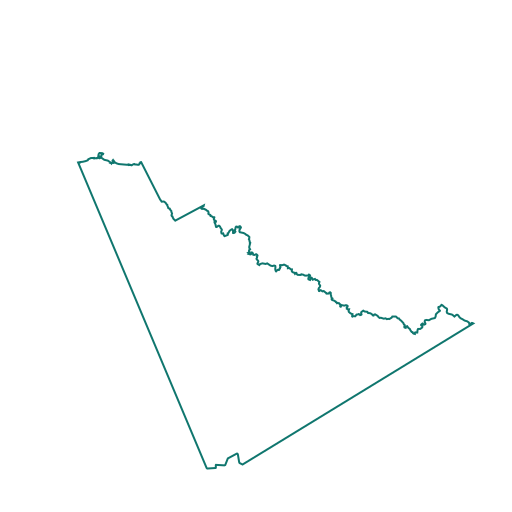 Yukon, Albers equal-area conic projection, rotated 329°
{"feature_id": "CAN-636", "entity_name": "Yukon", "entity_type": "Territory", "adm_level": 1, "iso_a3": "CAN", "parent_name": "Canada", "parent_adm1": "", "projection": "albers", "projection_center": [-131.937, 64.827], "detail": "fine", "context": "isolated", "style": "outline", "palette": "teal", "viewbox_px": 512, "rotation_deg": 329, "n_neighbors": 0, "source": "natural_earth", "source_scale": "10m", "svg_char_len": 6135}
<svg xmlns="http://www.w3.org/2000/svg" viewBox="0 0 512 512"><g transform="rotate(329 256 256)"><path d="M112.2,416.9L104.8,413.1L104.6,412.8L104.5,412.2L151.7,84.2L153.0,84.7L152.8,85.0L153.2,85.3L153.6,85.3L153.6,85.1L153.9,85.0L156.0,86.0L158.8,86.9L161.1,87.3L162.0,86.7L164.9,87.0L168.6,89.0L166.6,88.0L167.4,89.0L171.4,90.6L172.1,91.6L174.0,92.0L175.5,95.4L178.1,97.9L179.4,100.8L179.7,102.2L180.2,101.8L180.9,101.9L180.9,102.1L180.6,102.1L181.6,102.7L181.7,102.3L182.0,102.1L182.4,100.6L181.7,101.0L182.1,100.4L182.6,100.2L183.0,100.4L183.1,101.0L183.1,102.6L183.3,103.1L184.2,104.8L185.7,106.5L192.6,111.5L193.8,111.7L194.3,112.2L193.6,112.1L193.6,112.4L195.2,113.3L196.1,114.2L198.2,114.2L199.1,114.5L199.4,115.3L200.1,115.6L202.0,117.2L203.1,117.4L203.9,116.6L204.9,116.9L204.7,116.4L205.2,116.1L205.9,116.4L202.9,158.3L203.1,159.5L203.1,160.8L205.0,161.8L205.3,162.2L205.9,163.8L206.0,165.8L206.3,166.4L206.0,166.8L205.8,168.5L205.5,169.8L206.5,171.0L206.4,171.4L206.2,171.6L206.6,173.8L206.2,174.6L205.9,176.4L204.7,177.4L204.4,177.9L204.4,178.4L204.8,179.1L204.4,180.3L204.5,181.0L204.4,182.0L204.8,183.0L205.0,184.1L237.3,185.7L236.7,186.3L234.3,186.3L233.6,187.0L233.7,187.5L233.9,187.7L235.9,188.9L236.3,189.5L236.4,190.1L237.0,190.7L237.3,191.9L237.9,192.7L238.0,193.0L237.8,194.2L237.0,195.1L236.9,195.6L238.0,197.3L237.6,198.1L237.7,198.4L238.4,198.9L239.0,200.5L240.2,201.3L240.1,201.6L239.0,202.4L238.7,203.0L238.8,203.8L239.5,205.1L239.6,205.6L239.2,206.0L238.1,205.3L237.7,205.9L237.6,207.8L236.7,210.4L237.0,210.8L237.5,210.9L239.4,210.7L240.0,211.1L240.3,212.2L240.1,213.6L240.3,215.1L240.2,216.0L238.7,217.2L238.4,217.9L238.1,218.9L238.5,219.4L239.5,219.7L239.1,222.0L239.3,222.8L242.6,223.4L243.1,222.9L243.2,222.3L243.4,222.0L244.1,222.1L246.4,220.8L248.9,220.6L249.4,220.8L249.5,221.6L249.4,222.4L248.2,224.4L248.6,224.8L249.6,225.0L250.9,224.5L251.0,223.4L251.3,222.8L252.1,222.4L253.3,220.9L254.2,220.6L254.8,221.0L255.1,222.2L255.7,222.6L257.0,221.9L257.6,222.2L257.8,222.9L257.8,223.7L257.6,223.9L255.2,225.2L254.4,226.5L254.4,227.3L257.2,229.9L258.3,231.8L258.5,232.8L259.4,233.9L260.1,236.2L259.6,237.1L258.5,238.0L258.5,239.1L258.0,240.2L257.9,241.7L257.3,241.8L257.1,242.5L254.8,244.8L254.4,245.7L254.4,247.2L253.0,247.5L252.0,249.2L251.0,249.2L251.2,249.6L251.9,249.9L252.0,250.3L251.8,250.5L250.9,250.6L251.9,251.7L252.3,251.8L252.3,251.3L252.5,251.2L253.3,251.2L253.8,250.5L254.4,250.9L254.7,251.7L254.3,253.6L255.4,254.4L257.0,254.5L257.3,254.9L257.6,256.2L257.4,256.6L256.5,256.8L256.1,257.9L255.0,258.6L254.9,259.3L255.3,260.7L255.3,261.6L255.0,262.1L253.4,263.1L253.2,263.6L253.3,263.9L254.2,265.5L255.3,265.0L257.7,265.6L260.2,267.8L261.8,268.1L263.5,271.7L264.9,273.1L266.6,273.5L267.4,274.4L267.0,275.5L266.1,276.6L265.5,277.7L265.2,279.1L265.3,279.5L267.4,279.0L268.4,279.8L268.7,279.8L269.2,279.2L270.1,279.1L270.5,278.4L271.3,278.1L271.6,276.6L272.0,276.2L274.0,277.5L275.6,277.8L276.8,279.5L276.8,280.1L277.9,281.2L277.0,282.9L278.3,283.4L279.0,285.4L279.9,286.0L278.9,287.4L278.9,288.2L279.1,288.8L280.2,290.0L280.2,291.3L281.2,290.9L281.8,291.1L281.9,291.5L281.6,292.4L281.7,292.9L282.1,293.7L284.6,295.3L285.4,295.0L287.0,296.5L287.5,297.6L288.1,298.2L290.7,299.6L291.8,299.2L292.0,299.5L292.3,300.2L292.2,300.8L291.8,301.1L290.8,301.1L290.5,301.7L289.5,301.9L289.0,302.7L289.0,303.1L290.0,304.4L291.9,303.1L292.5,303.2L292.6,303.6L292.3,304.4L292.7,305.0L292.5,305.5L294.7,306.0L294.8,307.2L295.9,307.9L297.0,310.9L295.9,311.8L295.7,312.3L295.6,312.8L295.8,314.3L295.6,314.7L294.8,315.4L293.3,315.9L292.3,316.8L292.0,318.5L292.3,318.7L293.5,318.4L293.9,318.7L294.8,320.6L296.0,320.9L296.9,323.4L297.2,323.8L297.0,324.4L297.1,324.6L298.9,325.6L300.1,325.1L300.8,325.2L301.1,326.1L300.1,327.7L300.0,328.7L299.5,329.6L299.3,331.0L299.6,331.6L298.6,331.9L298.5,332.5L298.7,333.1L299.7,334.1L300.9,336.2L300.9,336.4L300.7,336.7L301.1,337.4L301.1,338.2L302.0,338.3L302.3,338.9L302.9,339.3L302.9,340.4L303.4,340.9L303.4,341.6L302.4,342.2L302.2,342.6L302.5,343.1L304.1,342.2L306.1,344.0L307.6,344.4L308.4,345.0L308.8,346.0L308.4,346.6L307.3,346.8L307.1,347.8L306.7,348.0L307.1,348.9L308.3,349.6L307.4,350.4L307.0,351.0L306.8,351.7L307.4,353.6L308.2,355.0L308.8,355.5L308.5,356.0L307.5,356.9L307.3,357.3L307.4,357.6L308.2,357.6L310.1,358.8L312.0,358.0L313.5,358.7L314.0,358.6L314.5,359.1L314.8,360.3L316.0,360.6L316.3,360.5L316.8,358.9L317.5,358.3L319.8,358.1L320.5,359.5L322.7,361.2L322.6,362.4L322.8,362.7L323.6,363.2L324.6,364.1L325.3,365.5L325.6,367.2L326.1,367.6L327.1,367.1L328.0,367.3L329.4,369.9L329.6,371.6L330.1,372.8L331.2,373.2L333.2,375.5L335.0,376.2L335.6,377.5L337.0,378.0L337.8,378.7L340.5,378.7L341.7,378.1L344.7,379.9L345.0,380.7L345.3,382.3L346.4,383.2L346.4,384.4L347.1,386.2L347.8,389.5L347.5,390.8L347.9,391.7L347.4,392.6L346.6,393.1L346.5,393.4L346.5,393.8L347.3,394.7L348.4,393.8L349.4,394.0L349.6,396.1L350.3,397.9L350.1,399.1L350.3,401.3L351.0,401.9L350.8,402.8L351.1,403.7L352.0,404.6L352.5,403.7L353.0,403.5L353.6,403.7L354.5,404.6L354.8,404.7L356.4,402.6L357.4,402.0L359.2,403.1L361.4,402.9L362.1,402.5L362.4,401.9L362.4,401.3L361.9,400.5L362.0,400.1L362.6,399.8L364.0,399.6L364.2,399.8L364.2,401.0L364.6,401.4L366.0,401.6L366.4,401.3L366.7,399.3L367.1,398.7L367.7,398.2L369.0,398.5L371.1,400.1L374.0,400.2L377.3,401.3L378.7,400.5L380.2,398.6L382.9,397.9L385.2,397.8L385.5,397.5L385.2,396.1L385.3,395.3L385.8,394.0L386.2,393.7L387.2,394.1L388.7,393.9L389.8,393.4L390.4,394.2L391.3,397.2L392.5,399.4L392.2,400.4L390.7,402.1L390.5,403.4L391.4,404.8L393.8,407.1L394.3,408.2L394.9,410.1L397.2,409.7L397.9,409.8L398.5,410.3L398.8,411.4L398.9,413.4L399.4,414.9L400.5,416.6L401.5,418.7L403.4,420.8L404.2,422.6L404.2,423.1L403.6,424.7L403.7,425.5L404.3,425.5L405.9,424.5L406.5,424.5L407.0,424.9L407.5,425.7L137.1,427.8L135.3,425.0L135.4,424.0L138.1,417.2L138.3,416.5L138.2,415.8L137.8,415.5L127.6,415.0L122.0,419.3L121.1,419.2L114.1,414.4L113.8,414.6L112.5,416.8L112.2,416.9ZM174.9,87.1L177.1,88.6L177.7,89.6L177.2,90.0L175.7,89.6L174.5,91.2L174.2,91.2L173.4,90.5L172.8,89.3L171.9,89.6L173.5,87.7L174.9,87.1Z" fill="none" stroke="#0f766e" stroke-width="2"/></g></svg>